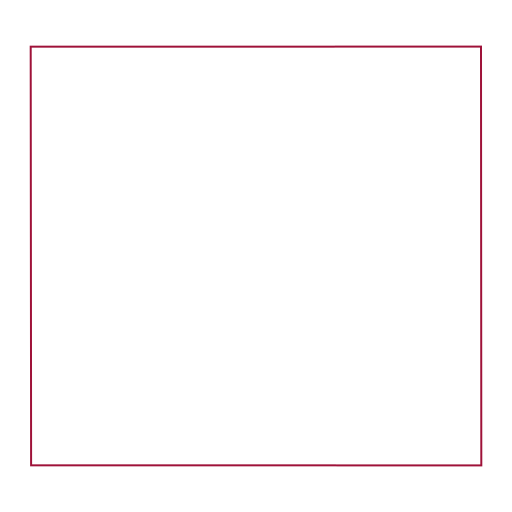 Fillmore, Nebraska, United States of America (Robinson projection)
{"feature_id": "52423323B66815680404806", "entity_name": "Fillmore", "entity_type": "district", "adm_level": 2, "iso_a3": "USA", "parent_name": "United States of America", "parent_adm1": "Nebraska", "projection": "robinson", "projection_center": [-97.672, 40.525], "detail": "fine", "context": "isolated", "style": "outline", "palette": "rose", "viewbox_px": 512, "rotation_deg": 0, "n_neighbors": 0, "source": "geoboundaries", "source_scale": "gbopen_adm2", "svg_char_len": 192}
<svg xmlns="http://www.w3.org/2000/svg" viewBox="0 0 512 512"><path d="M30.7,46.7L31.1,465.3L34.3,465.3L481.3,465.4L481.0,46.6L30.7,46.7Z" fill="none" stroke="#9f1239" stroke-width="2"/></svg>